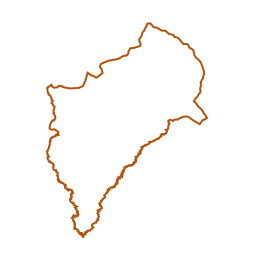 outline of Ban Kruat, Buri Ram, Thailand, rotated 170°
{"feature_id": "78962969B45886211066420", "entity_name": "Ban Kruat", "entity_type": "district", "adm_level": 2, "iso_a3": "THA", "parent_name": "Thailand", "parent_adm1": "Buri Ram", "projection": "albers", "projection_center": [103.161, 14.416], "detail": "fine", "context": "isolated", "style": "outline", "palette": "amber", "viewbox_px": 256, "rotation_deg": 170, "n_neighbors": 0, "source": "geoboundaries", "source_scale": "gbopen_adm2", "svg_char_len": 5821}
<svg xmlns="http://www.w3.org/2000/svg" viewBox="0 0 256 256"><g transform="rotate(170 128 128)"><path d="M191.9,53.8L192.2,52.8L191.8,51.6L193.0,51.0L192.8,50.7L193.3,50.5L193.2,50.2L194.9,50.0L195.3,50.6L195.6,49.7L196.4,50.4L197.3,50.2L197.3,50.8L198.9,49.1L198.3,48.9L197.7,47.6L198.2,46.2L197.4,45.8L197.3,42.9L196.9,43.0L197.0,42.0L197.5,41.8L197.3,40.4L197.7,40.1L197.6,39.4L198.2,39.1L198.3,38.0L197.0,37.9L195.2,36.4L195.5,35.6L194.7,35.6L194.8,34.0L194.2,33.9L194.2,33.0L193.5,32.9L194.1,32.6L193.4,31.4L192.7,31.2L192.2,32.1L191.5,31.9L191.1,31.1L191.8,29.8L191.3,28.5L190.6,29.0L190.4,30.7L189.7,30.6L188.8,31.8L188.2,31.1L187.9,32.7L187.0,32.6L186.7,33.4L186.3,33.7L185.7,33.0L184.7,34.0L183.2,33.5L181.6,34.9L180.3,35.2L180.2,36.0L179.6,36.2L180.4,37.2L180.1,39.2L176.6,40.5L175.7,40.3L175.3,41.8L174.2,42.5L174.1,43.0L173.3,42.6L173.0,44.6L172.0,45.6L172.5,47.3L172.2,47.6L172.5,47.8L172.3,49.0L172.7,49.3L172.1,49.8L172.1,50.5L171.7,50.5L172.2,51.5L171.4,51.8L171.8,52.2L171.4,52.4L170.4,52.2L170.0,52.6L169.7,52.1L169.4,52.7L167.5,53.8L168.0,55.4L168.8,55.8L168.9,56.3L168.3,56.9L168.7,57.6L169.2,57.6L169.3,58.4L168.4,58.2L168.1,59.0L168.3,59.3L166.9,60.2L167.1,61.1L165.6,61.7L165.0,62.8L164.2,62.8L162.7,63.8L162.5,64.4L163.1,65.8L161.4,66.8L161.1,67.4L159.7,67.9L159.7,68.6L158.8,68.9L158.8,70.5L158.3,70.3L157.9,70.8L157.7,70.2L157.1,70.2L156.8,71.1L155.0,72.6L154.0,71.8L152.9,72.6L151.6,72.2L150.8,73.2L151.2,73.6L149.6,74.6L149.7,75.3L148.0,75.1L147.8,75.6L148.5,76.9L147.7,77.3L148.1,77.6L147.9,78.4L147.6,78.3L147.7,78.8L147.1,78.9L147.2,79.5L146.5,79.7L146.3,80.4L146.1,80.0L145.8,80.5L145.3,80.2L145.4,80.6L144.7,81.1L144.2,80.8L144.0,81.2L143.0,81.1L142.4,80.6L141.9,81.5L143.0,82.0L142.7,82.1L142.9,82.7L142.3,82.8L142.4,83.4L141.9,83.5L142.2,83.7L142.0,84.9L141.2,84.8L140.0,85.5L140.8,86.6L139.9,87.2L139.4,86.9L139.0,88.1L138.4,88.4L138.4,89.8L137.8,89.5L136.4,89.8L136.7,90.2L136.4,90.6L135.6,90.8L134.4,90.4L133.9,91.1L132.5,91.2L132.1,90.3L130.8,91.0L130.0,90.6L129.5,91.1L129.8,91.3L128.5,92.1L128.5,93.1L128.1,93.2L127.8,92.5L127.4,93.2L126.4,93.0L125.8,94.3L126.5,95.2L126.3,95.6L125.6,95.4L125.4,96.5L124.9,97.1L125.5,97.7L125.4,98.3L124.9,98.0L124.5,98.2L124.4,97.8L123.5,98.1L122.9,99.8L121.7,99.9L121.8,100.6L121.1,100.1L120.1,100.7L120.0,101.5L120.4,102.0L119.8,102.4L120.1,102.8L119.6,102.8L119.5,103.9L118.1,104.4L118.3,104.8L117.7,105.4L118.0,106.9L117.0,107.1L116.5,106.7L115.1,107.8L114.2,107.6L114.0,108.1L113.3,107.8L113.1,108.3L111.0,108.4L109.3,109.5L109.6,110.5L108.3,110.6L107.8,110.2L105.9,110.4L105.1,110.7L105.0,111.2L103.6,111.0L102.9,112.0L101.1,111.8L100.5,112.4L99.7,112.1L98.7,113.3L96.8,113.9L97.1,115.0L95.9,116.2L94.5,116.0L94.6,115.4L93.4,115.3L92.0,116.3L91.4,116.1L90.2,118.1L91.0,119.6L89.8,119.6L88.7,120.2L87.6,123.9L86.5,124.6L86.4,125.6L87.1,126.1L87.2,127.6L86.6,127.8L86.5,128.3L84.7,128.7L82.3,127.1L81.7,127.8L79.2,128.2L77.5,127.5L76.0,128.5L71.7,129.4L68.2,129.2L66.1,128.1L62.6,124.3L56.8,119.3L53.2,122.7L49.8,123.5L48.5,124.3L49.8,127.7L50.7,129.0L51.8,132.7L55.1,137.0L57.1,141.3L58.5,142.9L56.5,145.3L54.2,146.9L52.4,149.1L50.8,150.3L50.1,152.2L50.2,153.9L48.8,157.3L48.5,160.2L47.0,162.5L45.5,163.7L44.7,166.6L43.7,167.8L43.4,169.2L43.6,173.1L44.9,179.9L46.7,183.0L48.7,185.2L49.9,187.9L50.2,193.6L53.7,196.6L54.5,199.9L55.8,200.6L58.8,201.0L62.9,208.0L66.7,209.8L67.0,211.7L71.4,213.6L74.3,217.3L77.7,218.0L82.3,221.8L85.2,222.8L87.8,227.1L90.7,227.5L92.7,224.2L94.3,222.8L94.8,221.3L97.0,219.8L98.6,216.5L101.6,213.3L101.8,212.1L101.0,208.8L101.6,206.7L107.8,205.9L111.9,206.1L114.1,203.6L114.8,201.3L116.6,199.7L120.8,199.6L123.9,198.3L126.6,197.7L135.8,197.6L142.9,196.0L144.5,194.6L145.0,193.0L143.7,190.1L143.5,186.6L150.0,183.1L150.9,183.2L152.6,184.9L154.9,186.2L158.2,189.4L161.6,182.3L165.0,177.2L169.5,176.0L178.6,177.1L183.4,178.9L185.4,180.0L185.9,180.7L187.6,181.3L189.2,181.3L190.9,180.3L193.7,180.5L195.2,181.5L195.9,183.9L200.6,181.6L200.8,177.3L200.2,175.9L200.5,175.0L199.7,173.8L198.9,173.4L198.1,170.0L198.3,169.2L197.5,168.0L197.9,168.0L198.2,166.6L199.0,165.7L198.2,165.0L197.7,163.1L196.6,161.8L197.1,160.2L198.2,158.8L198.5,156.9L198.2,156.3L198.8,155.6L198.2,154.9L198.3,153.5L197.6,152.7L197.8,150.4L199.4,148.3L200.0,148.2L200.5,148.7L202.6,147.1L204.5,144.1L205.3,141.4L205.1,140.7L204.1,140.0L201.9,139.3L201.1,139.6L199.7,138.8L199.4,138.2L197.8,137.1L197.3,135.6L197.8,135.2L197.7,134.7L198.2,134.5L198.1,134.1L198.5,134.1L198.0,133.3L199.3,133.4L200.1,132.9L200.3,133.3L200.7,132.9L200.9,133.2L201.9,132.3L203.6,132.5L204.2,132.2L204.2,131.5L205.6,131.4L206.2,131.0L206.3,130.0L206.7,129.9L207.1,128.9L206.8,128.6L207.2,128.4L206.9,127.8L207.7,127.0L207.9,124.9L209.0,123.7L209.4,121.9L210.8,120.4L211.1,119.2L211.7,119.0L211.5,118.6L212.0,117.5L211.6,116.0L211.8,115.1L210.8,113.5L212.4,112.9L212.6,112.3L211.5,108.6L210.7,108.5L210.9,108.1L210.1,107.9L210.0,107.4L208.0,105.9L208.1,104.8L207.6,104.3L208.1,103.7L207.9,102.7L208.7,101.7L208.5,100.3L207.9,99.4L206.2,99.0L206.3,97.1L205.0,96.4L204.9,95.6L205.6,94.4L205.4,93.3L206.0,93.1L205.3,91.5L206.0,90.3L206.1,89.0L205.5,88.7L205.0,89.0L204.9,88.6L205.6,87.6L204.7,86.8L204.5,87.1L203.5,86.7L203.7,86.0L203.3,85.5L201.3,84.9L200.5,83.1L199.3,83.0L199.4,82.1L200.0,81.5L199.6,81.2L200.4,80.5L200.4,80.1L198.9,78.6L198.2,78.6L198.1,77.5L197.1,78.0L196.6,77.6L196.7,77.0L195.7,77.5L194.1,76.5L194.2,75.1L193.7,75.0L193.4,73.6L194.1,72.9L195.2,73.3L195.9,72.2L195.4,71.4L196.0,70.4L195.3,69.7L195.9,69.4L196.4,68.5L196.2,68.0L196.9,67.7L197.4,67.9L197.6,66.4L196.8,64.7L195.8,64.5L196.0,64.1L195.4,63.2L194.4,63.0L194.8,61.5L193.1,60.6L193.2,60.1L192.9,59.9L193.3,59.4L192.8,59.3L194.0,58.8L193.3,58.2L193.4,57.7L192.9,57.7L193.1,56.6L192.4,55.6L192.9,55.0L192.4,54.1L192.7,53.6L191.9,53.8Z" fill="none" stroke="#b45309" stroke-width="2"/></g></svg>